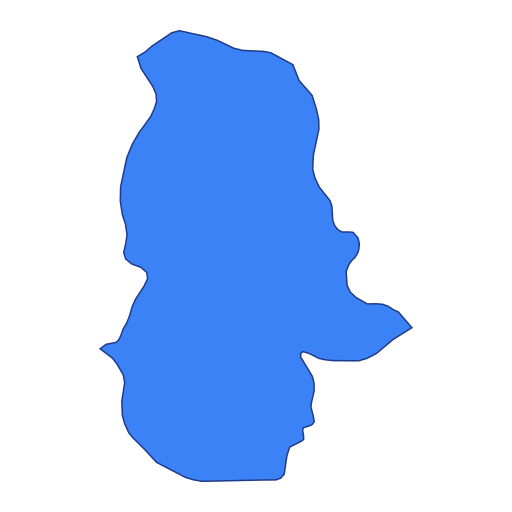 an SVG outline of Tungurahua, rotated 90°
{"feature_id": "ECU-1289", "entity_name": "Tungurahua", "entity_type": "Province", "adm_level": 1, "iso_a3": "ECU", "parent_name": "Ecuador", "parent_adm1": "", "projection": "mercator", "projection_center": [-78.478, -1.245], "detail": "fine", "context": "isolated", "style": "filled", "palette": "blue", "viewbox_px": 512, "rotation_deg": 90, "n_neighbors": 0, "source": "natural_earth", "source_scale": "10m", "svg_char_len": 1653}
<svg xmlns="http://www.w3.org/2000/svg" viewBox="0 0 512 512"><g transform="rotate(90 256 256)"><path d="M327.7,100.1L339.6,119.1L353.5,135.6L358.5,145.3L360.8,153.4L360.6,179.5L359.7,187.3L358.4,193.0L353.5,202.8L351.6,208.9L353.4,211.3L357.0,211.3L376.3,199.7L382.8,198.0L390.4,197.8L402.4,200.5L406.8,201.1L416.2,198.7L421.8,197.8L424.5,199.8L426.0,203.0L427.5,208.2L430.0,209.4L436.0,208.4L439.5,208.4L441.5,211.2L447.1,222.3L455.7,225.1L474.3,227.8L478.2,231.4L479.9,236.1L480.0,249.5L481.3,310.1L479.8,318.5L477.2,327.0L462.4,355.4L448.9,367.9L437.8,379.1L432.8,383.2L423.5,387.4L415.5,389.6L401.3,390.2L382.6,387.3L374.7,388.8L364.1,395.0L358.2,399.5L348.8,411.9L344.3,405.9L342.4,395.9L340.2,393.5L336.2,391.4L328.9,388.8L323.0,385.3L316.5,382.7L306.4,379.7L299.3,376.5L285.9,367.8L278.6,364.4L272.5,365.2L267.4,371.0L264.0,380.2L259.0,386.3L252.7,388.3L243.4,386.2L234.7,385.0L224.2,386.5L214.8,389.6L201.2,391.7L186.8,391.4L157.6,385.2L144.2,379.7L133.0,373.2L116.4,361.2L108.5,357.6L101.4,355.4L93.9,356.0L86.3,359.3L68.6,370.9L56.7,374.7L52.2,367.1L46.0,359.9L32.8,340.3L30.7,332.6L36.9,304.7L40.4,294.5L48.1,278.5L50.4,269.4L51.4,248.2L52.8,241.1L64.7,219.1L80.5,212.9L95.4,199.9L109.1,195.6L119.7,193.3L129.3,193.1L155.5,198.7L169.3,199.3L178.2,197.0L187.3,192.6L200.6,182.0L206.2,180.1L220.7,179.2L225.9,177.2L229.9,173.9L232.0,169.8L232.0,162.4L232.4,158.9L238.0,154.0L243.7,152.6L249.4,153.2L253.5,154.6L257.4,157.0L260.4,160.2L265.2,163.5L271.7,165.8L285.4,164.9L292.2,161.7L297.4,156.1L303.9,144.9L303.8,135.1L304.3,129.3L306.3,123.8L309.8,118.4L311.9,113.7L327.7,100.1Z" fill="#3b82f6" stroke="#1e3a8a" stroke-width="1.5"/></g></svg>